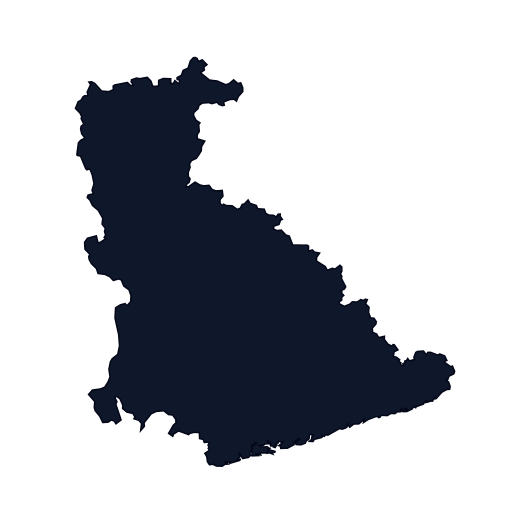 Maharashtra, Robinson projection, rotated 263°
{"feature_id": "IND-2447", "entity_name": "Maharashtra", "entity_type": "State", "adm_level": 1, "iso_a3": "IND", "parent_name": "India", "parent_adm1": "", "projection": "robinson", "projection_center": [76.089, 18.818], "detail": "fine", "context": "isolated", "style": "filled", "palette": "ink", "viewbox_px": 512, "rotation_deg": 263, "n_neighbors": 0, "source": "natural_earth", "source_scale": "10m", "svg_char_len": 5950}
<svg xmlns="http://www.w3.org/2000/svg" viewBox="0 0 512 512"><g transform="rotate(263 256 256)"><path d="M102.9,432.8L100.1,432.0L100.2,428.9L98.1,423.8L92.5,417.4L92.3,416.2L93.7,415.6L90.4,413.6L91.1,407.9L92.3,406.2L90.6,407.5L90.3,410.5L89.7,404.6L88.6,404.2L86.9,396.6L85.9,396.0L87.3,394.1L85.1,392.3L83.3,387.1L83.4,384.8L85.2,387.1L87.0,387.4L85.6,386.3L86.6,385.1L84.9,384.7L83.8,382.8L86.6,382.1L85.8,380.7L84.2,381.5L83.7,380.2L84.2,377.4L82.6,374.7L83.3,370.6L81.6,367.0L82.6,360.8L80.9,359.5L80.7,358.0L81.6,358.1L82.0,355.4L80.0,347.3L77.6,342.4L80.7,343.6L76.8,337.6L77.3,332.6L74.6,328.1L78.3,326.4L75.3,325.6L74.4,324.1L73.6,320.5L74.5,317.8L69.4,305.5L70.2,303.2L68.7,302.0L70.6,298.9L68.9,300.5L67.8,298.9L66.9,291.6L64.9,290.0L65.5,286.4L67.2,288.8L71.0,289.8L71.7,290.7L70.9,292.0L72.2,289.9L72.1,287.2L68.3,286.5L66.9,285.0L67.3,284.0L64.2,282.1L63.1,277.5L64.0,272.8L65.9,272.3L69.0,277.0L69.3,275.9L66.6,271.1L64.1,270.8L61.4,263.8L62.0,257.1L64.3,257.0L65.0,255.5L68.4,261.0L68.2,258.2L69.5,256.3L67.7,255.2L67.6,252.8L66.0,253.7L63.5,251.6L64.3,250.0L65.1,250.7L65.5,248.6L68.1,247.7L66.4,247.3L71.0,245.9L71.5,244.7L68.1,245.7L68.3,241.8L67.1,240.4L67.5,236.3L65.5,239.0L65.4,243.7L63.3,246.1L63.0,244.1L62.2,245.0L59.8,251.1L58.9,250.8L58.9,248.0L57.3,248.6L58.9,245.6L58.9,243.3L59.6,243.8L60.0,242.6L59.3,241.8L60.0,236.0L57.9,236.5L60.3,231.2L57.6,233.9L58.1,227.7L67.4,228.8L70.1,233.9L71.2,233.2L68.2,228.4L63.8,228.1L60.7,225.7L59.0,226.7L57.0,223.9L56.6,218.1L62.8,215.2L58.7,215.5L56.0,212.4L55.7,214.4L56.7,215.9L55.1,215.0L53.3,204.2L54.4,205.8L55.3,205.3L54.7,203.0L55.6,201.1L55.4,200.3L52.9,203.0L53.0,199.9L51.5,196.9L52.3,191.2L54.5,187.8L54.5,184.3L57.9,182.7L62.7,182.7L66.4,181.2L68.8,186.2L70.9,185.1L72.1,186.1L74.1,185.3L76.0,187.0L77.2,184.9L77.2,181.9L80.4,181.3L81.6,177.8L87.7,178.2L88.5,173.0L88.0,168.6L86.9,167.4L91.8,157.8L89.3,152.5L87.2,151.4L90.6,147.6L98.1,153.3L100.3,156.3L103.7,156.4L108.3,153.9L109.3,149.8L113.6,145.6L113.9,138.0L112.2,132.8L104.1,124.6L100.6,124.5L96.7,120.2L103.7,122.0L107.2,119.7L109.3,115.0L110.9,116.2L114.7,114.7L116.8,108.8L120.9,105.0L124.2,105.6L130.7,103.6L133.7,100.7L132.9,98.6L128.3,100.2L126.0,98.8L109.7,102.1L106.5,96.5L109.5,95.1L110.9,92.4L109.1,89.1L109.4,83.6L116.0,81.4L121.9,77.6L125.2,77.0L131.2,78.2L139.0,72.9L142.9,77.3L143.0,85.4L144.2,89.8L148.9,93.7L153.8,96.4L161.5,96.2L168.8,98.6L171.6,100.8L175.2,106.8L183.6,109.6L194.6,110.1L211.6,108.5L221.7,110.3L224.1,115.4L224.7,120.3L222.9,121.5L223.0,122.6L225.9,126.0L231.8,127.1L237.9,125.8L242.3,121.1L248.6,119.4L250.0,117.0L249.1,111.4L253.3,108.3L256.1,103.9L257.9,97.1L263.0,96.1L268.5,91.7L272.8,90.0L275.9,89.9L277.9,91.3L283.5,87.1L290.5,87.5L294.2,90.9L295.5,100.0L288.4,100.8L288.4,102.7L291.5,109.0L292.8,107.5L295.2,109.3L298.6,108.6L301.8,109.8L306.4,107.1L312.1,108.5L320.7,104.9L326.0,99.9L331.8,97.9L334.6,95.6L336.9,96.7L337.7,102.3L341.1,101.2L347.5,104.0L356.0,103.4L361.9,102.0L362.6,100.8L362.1,98.7L363.5,97.6L376.6,94.0L377.6,90.8L378.7,90.6L389.9,93.5L392.2,96.0L393.9,100.6L398.5,97.9L403.4,97.4L406.1,98.2L407.9,101.1L413.6,99.2L415.6,100.0L419.3,98.7L424.5,94.8L430.7,98.2L432.0,101.3L435.3,103.9L436.0,105.8L435.3,108.8L439.3,108.4L446.4,112.7L449.0,111.3L449.0,114.1L447.0,117.0L438.5,122.9L437.1,130.0L438.5,134.7L442.0,134.9L443.0,136.6L443.9,149.5L440.9,151.9L440.2,154.1L441.2,154.9L444.0,153.3L446.1,153.9L447.2,159.2L446.2,162.0L446.6,169.9L442.3,173.1L437.7,174.0L436.8,175.1L436.6,180.0L442.2,180.8L443.5,185.7L442.3,193.0L438.0,192.4L437.1,194.9L440.0,196.8L436.2,200.4L439.7,201.8L440.8,199.3L442.6,199.3L444.5,204.0L449.1,206.3L450.8,211.5L457.6,214.6L460.4,217.9L460.5,219.8L459.2,221.7L456.1,222.6L457.3,226.5L451.9,230.7L449.9,227.3L446.8,227.4L444.7,223.2L436.3,231.3L434.4,238.9L429.7,246.8L430.3,250.2L433.6,255.3L429.5,258.9L429.7,262.0L424.7,263.3L420.8,262.9L416.4,257.9L412.1,255.5L414.3,253.2L414.5,249.3L412.9,242.6L409.5,242.9L409.3,241.0L410.9,237.8L413.4,236.0L412.6,230.7L414.0,227.7L414.3,221.3L412.5,217.8L409.4,216.5L405.9,211.7L402.9,211.2L398.0,213.1L395.0,216.6L393.2,215.1L386.5,214.9L383.7,212.5L379.6,211.9L376.3,219.2L371.3,215.3L367.1,214.5L363.2,211.4L360.3,208.8L358.5,203.5L355.5,201.2L352.1,201.4L347.4,199.0L343.3,198.5L340.5,200.0L337.2,198.5L335.8,196.1L333.1,194.7L333.1,197.7L336.8,204.5L333.4,208.9L332.0,212.8L331.9,218.0L327.4,220.5L325.5,224.2L325.2,230.5L319.4,230.5L316.3,227.1L312.5,226.8L310.2,228.6L311.4,230.1L309.7,232.6L308.8,238.4L304.6,243.0L305.3,246.2L308.9,248.6L309.1,250.8L312.6,255.0L309.0,256.5L306.1,262.5L302.7,263.4L301.5,269.9L297.2,270.9L295.1,273.7L294.3,278.3L292.3,280.9L294.8,283.0L294.7,285.2L292.6,284.8L289.1,286.6L288.6,284.7L284.5,282.7L283.4,277.1L280.5,276.9L278.7,279.9L278.6,284.3L273.2,288.2L271.7,291.5L262.4,293.8L260.5,308.2L259.4,309.4L254.5,308.6L255.2,312.7L252.7,314.6L251.2,319.5L247.1,315.9L243.6,315.5L237.1,323.5L233.2,325.0L234.5,330.4L233.4,332.8L236.6,338.2L234.7,339.8L230.3,339.3L228.1,337.7L225.4,338.7L223.2,338.1L214.5,341.3L212.5,339.8L211.2,336.1L209.9,336.9L209.2,336.1L206.2,338.3L204.7,336.1L201.6,335.6L200.7,333.2L198.4,332.9L195.3,337.6L196.8,343.3L198.8,346.0L198.0,350.8L200.0,354.7L198.8,356.8L199.8,359.3L199.1,361.2L195.1,359.0L191.3,362.0L186.3,360.8L180.6,362.2L179.9,365.5L176.1,367.4L173.7,366.6L170.2,362.6L166.0,362.5L163.9,366.2L160.1,367.8L160.7,373.7L157.6,373.2L152.3,376.3L150.1,379.8L151.4,381.3L151.1,382.4L145.5,385.5L144.1,381.4L139.6,380.1L138.4,383.1L135.5,386.0L133.6,384.8L132.5,386.8L130.1,386.2L129.2,389.2L131.2,388.7L131.8,390.6L133.6,390.9L134.0,392.7L135.8,394.1L133.2,395.5L134.0,400.8L136.2,400.3L140.8,402.8L141.6,404.6L141.3,410.7L137.0,413.0L139.4,414.7L139.2,417.4L135.4,424.6L136.4,426.4L133.9,431.1L129.0,432.7L128.5,430.5L127.5,430.2L122.5,435.7L122.8,437.6L117.3,439.1L114.9,438.0L113.2,432.9L110.0,431.3L109.4,429.5L107.5,431.8L102.9,432.8Z" fill="#0f172a" stroke="#020617" stroke-width="1.5"/></g></svg>